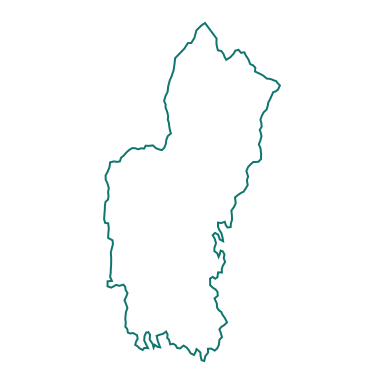 outline of Córrego do Ouro, Goiás, Brazil
{"feature_id": "56859067B22352595900179", "entity_name": "Córrego do Ouro", "entity_type": "district", "adm_level": 2, "iso_a3": "BRA", "parent_name": "Brazil", "parent_adm1": "Goiás", "projection": "equal_earth", "projection_center": [-50.579, -16.362], "detail": "fine", "context": "isolated", "style": "outline", "palette": "teal", "viewbox_px": 384, "rotation_deg": 0, "n_neighbors": 0, "source": "geoboundaries", "source_scale": "gbopen_adm2", "svg_char_len": 3426}
<svg xmlns="http://www.w3.org/2000/svg" viewBox="0 0 384 384"><path d="M204.2,361.0L205.3,356.2L208.1,352.6L207.9,348.8L211.2,348.6L214.7,350.6L217.2,348.4L218.8,345.0L219.5,339.7L222.0,337.1L220.7,332.7L219.4,329.3L221.1,327.1L224.6,324.8L227.0,322.3L225.0,318.3L222.6,314.9L221.2,311.9L219.0,310.4L217.1,307.7L216.8,303.4L214.5,298.4L217.8,295.7L217.5,291.9L215.5,289.4L212.7,287.6L210.1,285.1L210.2,281.9L210.0,278.7L212.7,276.9L215.2,278.7L217.4,277.2L218.1,272.4L221.9,272.5L221.8,269.0L222.8,265.8L225.1,262.0L223.7,258.0L224.5,254.6L222.9,251.5L220.7,250.6L219.7,254.3L218.6,256.9L217.3,253.3L214.3,251.1L214.4,248.0L216.0,243.2L214.7,238.7L212.7,235.2L215.0,232.9L218.2,234.7L219.8,239.4L223.1,241.2L222.6,237.9L221.5,233.3L219.2,229.8L218.0,226.7L218.0,222.6L221.4,223.0L224.8,221.8L225.8,225.2L227.5,227.5L230.7,227.0L230.8,223.8L232.0,219.9L231.9,215.4L231.4,210.5L234.0,207.0L235.7,203.2L235.0,197.4L238.1,194.9L241.0,192.9L243.6,191.7L245.5,188.8L247.7,185.1L246.9,180.2L248.1,176.6L246.4,171.0L248.1,167.0L250.6,164.3L253.3,162.0L255.5,162.0L258.3,161.8L261.0,159.2L261.1,154.0L260.5,148.2L258.8,144.3L260.2,141.0L261.5,136.3L260.8,132.8L259.7,130.0L261.6,126.8L261.4,123.1L260.4,119.9L261.5,116.6L263.5,112.5L266.7,109.4L267.8,105.5L268.3,102.4L270.0,99.4L271.6,95.8L273.2,92.2L275.8,91.3L278.0,89.6L279.9,85.5L277.9,83.4L276.1,81.1L273.9,80.4L271.7,79.4L269.2,78.8L266.8,78.6L263.4,75.7L260.3,74.0L255.0,71.5L255.3,67.7L253.2,65.4L250.2,64.1L248.4,59.4L245.9,55.6L244.4,52.3L241.0,52.8L238.5,49.8L235.3,50.7L233.7,53.6L230.5,57.1L226.2,59.8L224.7,57.1L223.4,53.8L221.3,51.0L217.9,50.3L216.8,46.0L216.4,42.9L216.6,38.6L205.0,23.0L201.0,25.8L196.4,30.4L194.4,37.9L191.3,42.9L187.8,43.2L184.3,48.7L175.1,58.2L174.6,63.2L173.6,70.3L171.4,76.8L169.8,80.2L168.2,86.4L167.6,91.8L165.4,96.3L164.1,101.0L165.6,104.3L165.6,107.7L167.1,111.6L168.2,116.3L167.8,119.6L168.9,122.9L169.2,126.0L169.8,129.6L170.9,133.4L167.8,136.1L166.3,139.9L165.8,144.0L164.2,147.9L161.9,150.1L158.7,149.3L155.9,148.2L152.9,145.4L148.5,145.9L145.7,145.7L144.1,148.6L141.2,148.3L138.2,149.3L135.5,148.3L132.3,148.1L129.2,149.9L126.5,152.4L123.7,155.6L121.0,157.8L119.9,161.4L117.1,161.9L113.8,161.4L110.1,162.4L109.5,167.0L107.6,171.8L105.6,175.4L105.7,179.6L107.4,183.3L108.8,188.0L108.1,192.1L108.5,196.4L108.0,199.6L105.5,201.9L104.9,206.0L104.8,209.8L104.4,214.6L104.1,219.2L105.2,222.9L108.2,223.3L108.8,228.2L108.4,232.7L108.1,237.9L112.6,240.4L112.9,244.5L111.8,248.3L110.8,252.6L111.2,257.7L111.1,265.0L110.8,269.2L110.7,272.8L110.1,276.9L111.9,280.9L107.6,281.3L107.5,286.3L111.2,287.6L114.0,286.2L116.1,284.9L119.2,285.8L123.4,284.7L125.2,286.8L125.6,289.9L127.5,293.1L126.4,296.2L124.5,300.3L126.4,305.0L127.4,308.1L125.9,312.2L125.3,318.7L125.8,322.9L125.3,326.7L127.2,328.9L127.9,332.6L130.2,333.5L133.0,333.0L137.0,335.2L137.7,338.8L136.1,341.5L135.2,344.9L137.3,346.1L139.6,348.3L142.7,350.0L144.3,347.9L148.0,348.2L146.2,344.6L144.2,340.4L144.5,336.2L146.1,332.6L148.3,332.1L150.0,334.7L149.7,339.7L152.6,343.8L153.6,347.6L154.8,344.8L157.4,346.8L160.1,347.3L158.8,343.8L157.7,340.7L156.6,335.9L159.8,334.7L162.9,333.9L166.1,331.6L167.6,334.5L167.2,337.9L169.0,339.7L170.2,344.4L173.1,343.8L175.5,345.1L177.2,348.0L180.0,348.4L183.6,345.6L186.7,347.6L189.1,350.6L190.5,353.2L194.0,355.0L195.6,352.0L196.5,349.1L198.4,350.6L200.4,352.5L200.6,356.2L201.6,360.2L204.2,361.0Z" fill="none" stroke="#0f766e" stroke-width="2"/></svg>